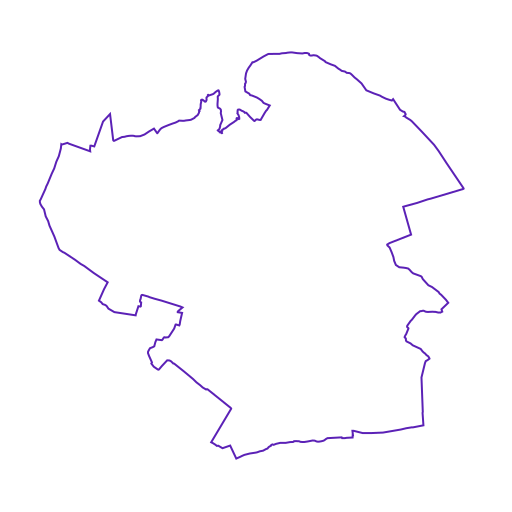 the district of Mihai Bravu, Tulcea, Romania, rotated 86°
{"feature_id": "2599482B59610234858680", "entity_name": "Mihai Bravu", "entity_type": "district", "adm_level": 2, "iso_a3": "ROU", "parent_name": "Romania", "parent_adm1": "Tulcea", "projection": "albers", "projection_center": [28.649, 44.954], "detail": "fine", "context": "isolated", "style": "outline", "palette": "violet", "viewbox_px": 512, "rotation_deg": 86, "n_neighbors": 0, "source": "geoboundaries", "source_scale": "gbopen_adm2", "svg_char_len": 5993}
<svg xmlns="http://www.w3.org/2000/svg" viewBox="0 0 512 512"><g transform="rotate(86 256 256)"><path d="M456.7,289.8L455.1,285.4L454.5,284.0L453.6,281.5L452.6,276.0L452.1,269.8L451.9,268.5L451.1,265.8L450.7,262.5L449.3,259.5L448.9,258.0L447.5,256.7L446.9,255.6L446.4,254.4L445.9,254.3L445.2,253.1L445.1,252.8L445.6,251.6L444.8,249.1L444.1,244.9L444.5,239.6L444.0,235.0L444.1,232.2L443.9,231.4L443.4,231.0L443.4,229.6L443.8,226.0L444.5,224.6L444.8,222.6L444.9,220.5L444.6,217.1L444.0,212.4L444.3,210.3L445.2,208.6L445.5,207.5L445.6,206.3L445.4,204.0L445.0,201.7L444.6,200.7L443.4,198.9L442.7,197.4L442.9,183.2L443.7,182.8L443.9,180.2L443.7,178.2L443.8,172.3L441.0,172.0L441.1,171.8L437.1,172.0L437.2,170.8L440.1,161.9L440.7,152.6L441.0,141.6L439.2,123.6L438.3,118.2L437.8,112.7L437.9,111.4L436.6,100.8L424.1,100.8L423.2,100.5L388.7,99.4L374.6,94.9L372.7,94.0L371.8,92.1L370.5,90.1L369.8,90.3L368.4,91.0L367.8,91.5L366.8,92.8L365.0,94.2L364.1,95.3L362.8,96.5L360.2,98.2L356.0,105.9L354.0,107.9L351.7,111.8L350.8,112.3L348.7,112.3L347.5,113.4L347.2,113.4L345.5,112.5L344.5,111.7L339.0,109.0L338.5,109.1L337.5,110.1L336.6,110.2L336.0,109.9L331.6,106.3L330.4,104.9L326.4,101.4L325.2,100.2L322.5,96.1L322.5,94.8L322.2,93.1L322.5,92.2L323.3,90.8L323.5,90.2L323.8,88.6L323.9,84.0L324.3,80.7L325.1,78.2L325.3,76.0L324.5,74.1L322.1,74.7L316.1,67.5L312.9,69.6L307.6,74.0L306.3,75.5L304.7,76.3L299.2,82.6L297.2,86.1L290.7,91.2L288.3,92.2L287.6,93.0L284.3,100.4L283.0,101.8L280.4,103.8L279.1,105.1L278.4,107.4L277.9,109.7L277.2,113.9L274.7,117.1L270.5,118.5L266.6,119.0L261.8,120.4L256.9,122.1L254.6,124.2L253.7,124.3L252.4,121.8L245.5,99.8L217.1,105.7L214.3,91.6L211.5,80.8L211.0,77.8L203.6,44.7L203.3,44.2L202.8,44.3L176.9,59.3L164.0,66.5L157.5,70.6L143.9,81.6L132.4,91.2L131.0,92.7L128.4,96.4L127.0,97.9L126.8,98.5L125.8,97.2L125.0,96.8L122.6,97.9L122.1,99.5L120.2,102.1L109.1,108.3L110.4,109.6L109.4,112.4L108.1,115.5L106.0,119.2L104.6,121.2L102.0,127.2L98.4,134.4L91.2,138.7L86.8,143.0L84.8,145.2L81.8,147.8L80.5,149.1L80.0,150.2L79.6,152.7L78.2,154.4L77.3,157.6L76.0,159.1L74.9,160.7L71.8,164.0L70.0,168.1L67.4,173.1L66.5,173.6L62.9,178.6L62.3,179.1L60.7,181.0L60.3,181.8L60.0,183.1L59.7,184.8L59.9,186.2L59.9,187.3L59.7,188.1L59.0,189.0L57.9,189.1L57.2,190.6L57.0,191.6L56.9,193.4L57.2,195.6L56.5,200.8L55.4,205.9L55.3,208.0L55.4,210.6L55.6,212.0L55.6,216.1L56.0,218.5L55.3,229.2L55.5,230.1L57.5,234.6L61.2,241.7L62.3,244.4L62.8,246.1L62.7,246.2L65.5,248.3L67.6,250.1L70.4,252.0L73.1,253.2L78.5,254.4L81.5,253.9L82.7,254.3L83.4,254.9L85.6,255.1L86.5,255.6L91.1,255.1L93.6,251.4L95.1,250.6L95.6,248.9L97.1,245.8L98.0,244.0L99.7,241.6L101.6,239.3L103.8,237.8L104.7,236.2L106.8,231.8L111.1,234.9L111.7,235.7L113.8,237.3L120.6,241.9L120.5,243.0L119.7,245.5L120.0,246.5L121.1,247.8L121.2,248.2L120.8,248.7L116.9,252.2L112.5,255.6L112.3,256.2L112.4,257.1L111.5,257.7L110.5,259.2L110.2,260.0L108.9,261.8L108.7,262.4L108.7,263.6L109.2,264.1L111.2,264.4L111.7,264.3L112.4,264.6L114.0,263.7L116.2,263.1L118.0,263.1L118.2,263.4L118.2,263.8L117.2,264.7L117.1,265.2L117.1,265.6L117.4,265.8L118.9,265.7L119.2,265.9L119.7,267.1L120.7,268.5L123.2,273.0L126.1,277.1L126.7,278.4L126.7,279.0L126.9,279.1L127.1,279.7L127.7,280.6L128.1,280.7L128.2,281.3L128.7,281.8L128.8,281.8L128.9,281.5L129.1,281.3L129.5,281.8L130.0,281.6L130.4,282.2L130.6,281.4L131.0,281.3L131.1,281.5L128.8,284.7L128.0,285.3L127.2,284.1L126.2,283.4L124.1,282.7L123.0,282.6L118.0,280.0L111.0,281.2L109.3,280.8L107.6,280.9L106.6,281.5L105.2,283.7L103.6,283.9L101.6,283.8L96.7,283.1L94.5,283.1L94.0,282.9L92.7,281.3L92.1,281.1L89.9,281.3L88.3,281.7L88.1,282.0L88.3,282.7L89.5,284.8L91.3,287.1L91.7,288.3L92.6,291.9L91.9,292.4L91.9,292.6L92.1,292.8L93.1,292.8L94.4,294.3L94.8,294.4L96.8,294.4L98.3,295.2L98.5,295.5L98.5,296.0L98.4,296.3L97.1,297.5L96.3,298.6L96.3,299.4L96.5,299.8L97.0,300.0L97.6,299.7L100.8,300.6L103.9,300.9L104.4,301.2L105.1,301.1L106.5,302.7L107.2,302.2L107.6,302.2L107.9,302.7L109.1,302.9L111.3,304.3L113.1,307.0L114.0,307.8L115.5,311.2L115.7,312.4L115.9,316.8L116.1,317.9L116.0,319.9L115.6,323.1L115.7,323.6L116.2,324.3L117.3,327.0L118.0,329.8L119.2,333.9L120.8,338.8L121.7,341.0L122.4,342.1L123.6,343.3L126.6,345.8L126.6,346.0L125.5,346.7L121.8,348.9L124.2,353.8L127.0,358.7L128.4,363.2L128.3,366.6L128.1,368.3L127.6,369.5L127.4,370.9L127.3,372.1L127.3,374.4L127.5,376.8L127.9,378.7L128.0,381.4L131.2,389.4L131.2,389.8L130.7,390.3L129.9,390.4L104.2,391.7L111.2,399.2L135.4,409.7L134.4,412.7L134.4,413.5L138.2,414.2L140.0,414.1L130.9,434.8L130.0,436.2L131.3,441.9L130.9,442.4L135.2,443.2L141.1,445.2L142.8,445.8L148.0,448.6L154.6,451.2L159.6,454.0L169.1,458.7L172.0,460.4L174.6,461.5L184.4,466.8L185.9,467.8L187.7,467.8L189.3,467.4L191.9,466.1L194.7,464.2L201.8,463.0L206.7,460.9L211.3,459.9L222.5,455.8L234.3,452.4L236.2,451.5L238.7,448.3L239.4,446.9L247.3,436.6L251.6,431.6L254.0,428.0L261.6,419.1L271.9,405.8L278.5,409.9L289.6,415.8L291.4,413.6L293.3,412.3L294.2,410.1L294.8,409.2L295.6,408.4L298.2,406.9L302.1,401.2L306.8,380.2L305.6,379.9L297.9,376.8L298.4,374.8L298.1,374.4L294.3,373.8L293.7,374.7L293.2,374.9L291.9,374.7L291.0,374.2L287.5,373.2L287.0,372.8L286.9,372.0L289.0,366.2L289.6,365.2L291.5,360.3L293.9,353.4L301.1,335.0L302.2,332.9L305.4,337.3L306.2,338.0L306.6,338.0L307.6,333.7L315.5,336.1L319.0,336.9L319.9,337.4L318.7,340.6L318.8,341.0L322.7,342.7L330.0,348.2L330.9,349.2L331.0,352.2L330.7,352.6L330.7,353.2L330.9,353.6L333.1,355.3L333.4,355.8L332.3,361.1L334.9,362.4L339.0,363.8L339.7,365.3L340.6,368.2L342.8,369.7L344.1,370.4L345.4,370.5L348.1,369.7L354.9,367.2L356.0,367.9L359.3,365.7L362.1,362.2L362.5,361.6L362.6,361.1L362.4,360.7L359.3,357.7L353.9,351.9L354.1,350.0L354.4,349.2L355.2,348.0L357.5,346.0L357.5,345.5L357.7,345.1L365.5,336.6L374.3,327.4L377.9,324.2L381.0,320.7L383.4,318.4L385.7,315.1L385.4,314.2L385.8,313.4L405.9,291.7L406.6,291.4L438.7,313.7L439.7,312.0L441.4,309.7L442.7,308.3L442.6,306.9L445.4,302.8L443.3,295.0L456.7,289.8Z" fill="none" stroke="#5b21b6" stroke-width="2"/></g></svg>